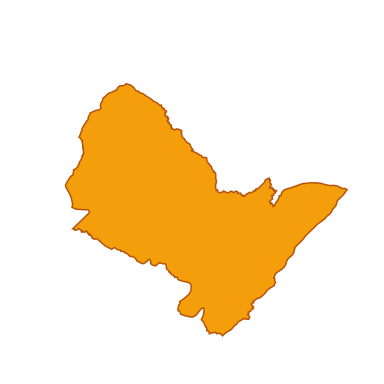 outline of Thap Than, Uthai Thani, Thailand, rotated 44°
{"feature_id": "78962969B50893667221892", "entity_name": "Thap Than", "entity_type": "district", "adm_level": 2, "iso_a3": "THA", "parent_name": "Thailand", "parent_adm1": "Uthai Thani", "projection": "equal_earth", "projection_center": [99.816, 15.505], "detail": "fine", "context": "isolated", "style": "filled", "palette": "amber", "viewbox_px": 384, "rotation_deg": 44, "n_neighbors": 0, "source": "geoboundaries", "source_scale": "gbopen_adm2", "svg_char_len": 6070}
<svg xmlns="http://www.w3.org/2000/svg" viewBox="0 0 384 384"><g transform="rotate(44 192 192)"><path d="M301.9,82.6L299.4,83.3L297.9,84.9L292.5,86.7L289.1,88.9L288.3,90.2L285.1,92.7L278.2,96.6L274.9,99.2L271.1,102.8L265.8,109.1L259.9,120.8L257.5,125.0L256.8,126.9L257.0,128.2L256.8,129.1L257.1,130.4L258.5,132.9L257.4,134.2L258.6,135.7L258.9,137.1L259.4,138.0L259.3,138.5L259.6,139.2L259.6,140.4L259.8,140.8L259.7,141.9L260.9,143.8L260.5,144.6L260.8,145.0L260.4,146.1L258.1,144.7L257.4,145.8L257.0,145.7L256.5,144.8L255.3,145.5L254.6,145.3L254.4,143.5L254.8,141.0L251.9,139.2L253.1,137.9L252.2,136.7L252.5,134.8L251.9,132.3L251.6,132.4L250.8,134.0L250.1,134.4L249.5,134.0L249.5,133.2L248.3,133.3L247.9,134.0L246.3,133.1L245.5,134.7L244.9,135.2L244.6,134.1L244.1,133.5L244.0,131.6L243.3,131.6L242.6,131.1L241.7,131.2L240.3,130.4L240.5,129.3L240.1,128.9L238.9,129.2L237.8,128.4L237.8,129.5L237.2,129.8L236.4,132.6L237.4,134.7L237.3,142.2L236.9,143.9L235.7,146.0L237.0,147.0L235.7,148.1L235.4,150.9L234.9,151.6L233.7,152.2L233.3,154.2L232.7,154.9L232.6,159.1L232.0,159.2L231.7,158.7L231.3,159.2L231.0,158.9L230.3,159.4L230.3,159.8L229.8,160.0L227.8,159.0L226.9,160.2L226.1,160.7L225.8,160.5L225.7,161.0L225.0,160.5L224.3,160.7L224.2,160.3L223.7,160.3L223.3,161.2L222.7,161.4L222.4,163.8L220.8,163.6L219.9,163.9L219.8,164.4L219.1,165.0L219.1,166.5L218.4,167.6L217.8,168.3L216.6,168.2L215.7,169.2L214.1,169.1L214.2,170.8L213.4,171.4L213.3,172.5L212.8,172.6L212.3,173.4L211.0,174.0L209.8,173.7L209.4,172.8L208.6,172.9L208.2,174.0L207.7,173.9L207.5,173.4L207.2,173.4L205.3,171.9L203.4,169.5L203.0,168.3L201.6,166.8L200.1,166.1L195.9,162.0L195.1,162.0L194.0,162.8L193.2,161.6L192.4,162.0L191.2,161.8L187.8,160.1L186.3,160.6L185.3,159.7L184.3,160.1L181.9,159.5L180.4,158.8L179.7,157.8L179.0,157.4L178.4,157.4L177.5,157.9L177.2,158.6L176.5,159.1L174.7,159.6L172.9,159.4L172.2,160.1L170.0,160.2L164.7,162.0L163.6,162.1L163.1,162.8L162.9,162.7L163.4,160.9L161.0,160.7L157.2,159.1L155.6,159.3L155.2,159.7L152.8,159.8L149.6,159.0L148.0,159.5L147.4,159.0L146.3,159.0L144.5,157.5L143.2,157.1L142.6,155.4L141.0,155.1L140.5,155.6L137.9,156.6L137.1,157.3L136.0,159.6L135.3,160.0L134.6,159.8L133.1,160.8L132.5,160.4L133.0,159.9L131.9,159.4L131.5,159.6L131.3,159.3L131.3,158.8L130.8,158.4L130.1,158.3L128.3,158.8L127.5,158.0L126.9,158.5L126.6,158.1L126.4,158.4L124.7,158.2L124.5,157.2L124.9,157.2L125.0,156.9L124.2,155.5L123.8,155.4L123.8,155.8L123.2,156.0L122.4,154.8L121.5,155.0L121.3,155.6L120.3,155.4L119.8,155.8L118.7,154.6L117.7,154.4L118.1,152.9L117.8,151.8L116.7,151.5L116.4,152.1L114.8,152.3L114.5,152.1L114.4,151.5L112.7,151.7L111.9,152.4L109.6,150.7L109.1,151.6L107.4,152.2L106.0,151.9L100.0,153.7L99.0,153.3L93.7,154.6L88.1,155.4L86.1,156.8L84.5,156.6L81.0,158.0L77.0,157.3L74.7,157.4L72.3,158.3L70.0,159.7L69.6,159.6L68.9,163.1L66.3,165.7L66.1,168.4L66.8,170.8L66.4,171.3L66.6,172.0L66.3,173.3L65.8,173.5L65.2,174.6L65.2,175.6L63.9,177.8L63.4,179.6L63.2,180.8L63.2,184.4L62.8,186.2L62.9,186.8L64.4,188.7L64.7,191.1L65.0,192.0L66.4,193.8L67.8,194.3L68.3,195.5L68.1,197.7L66.2,199.9L63.9,205.9L65.6,210.6L66.9,212.0L67.0,214.5L68.5,221.7L70.1,224.6L72.8,231.0L73.0,230.6L76.7,231.4L77.5,231.1L78.0,232.2L81.0,234.3L82.7,236.0L83.8,236.0L83.7,236.6L84.4,237.4L86.5,238.6L86.7,239.4L87.4,239.5L87.5,240.9L87.8,240.9L88.2,241.7L88.2,242.2L87.8,242.2L87.8,242.4L88.5,243.5L88.9,243.6L89.4,244.8L90.4,249.0L91.2,249.8L91.5,251.7L92.4,253.6L92.1,256.4L91.7,258.0L91.4,258.2L94.4,262.1L93.9,265.2L95.0,270.7L96.2,274.9L98.3,276.3L104.1,277.9L109.1,280.0L114.6,283.7L116.0,286.0L116.6,286.4L119.1,285.3L120.3,285.2L129.9,276.8L132.2,277.5L132.5,279.5L131.8,301.4L133.2,300.4L134.0,300.9L135.3,299.8L135.9,298.2L135.9,297.0L139.2,296.5L139.8,297.4L140.3,297.6L140.5,296.1L141.3,296.5L142.3,296.0L142.8,295.3L142.7,294.3L143.4,293.3L144.4,293.5L145.1,294.3L145.9,293.7L146.9,294.2L147.3,293.4L147.7,294.2L148.1,294.4L148.7,293.7L150.1,293.4L150.6,293.9L151.4,293.7L152.2,294.6L153.5,294.2L154.3,293.5L154.7,293.7L155.4,292.2L156.2,291.7L166.7,291.1L173.9,289.1L174.9,285.6L178.5,285.4L180.5,283.5L181.9,284.1L182.6,283.8L183.1,282.9L184.7,282.0L185.5,282.6L187.4,281.4L192.4,281.4L193.5,280.1L195.9,279.1L197.7,279.1L200.8,279.8L205.9,278.1L206.6,277.6L207.5,275.3L207.9,271.1L208.3,269.8L210.3,270.6L212.2,272.2L214.1,272.1L215.9,271.3L216.2,270.7L217.2,270.4L217.4,266.8L218.1,265.3L221.2,263.7L222.3,262.2L223.4,262.3L224.9,263.0L226.9,265.0L228.5,264.8L230.6,265.0L230.9,265.5L232.1,265.1L232.8,265.6L233.6,265.2L234.8,265.6L236.3,264.8L238.9,265.4L239.1,264.6L240.4,263.9L241.0,263.8L242.3,264.4L244.0,264.4L252.6,259.4L255.3,259.2L257.6,261.0L259.0,262.7L260.2,264.9L260.9,268.1L260.3,274.1L259.7,277.5L259.2,278.7L259.4,279.7L260.7,280.5L260.8,281.8L261.2,282.9L263.9,286.9L266.6,286.6L267.6,286.9L268.6,287.8L273.4,285.6L277.3,283.2L279.0,281.8L280.0,280.0L280.5,277.1L279.7,270.0L280.4,268.5L280.5,267.6L281.3,267.4L282.0,267.6L285.3,272.1L286.1,273.4L287.2,277.0L287.6,277.5L291.4,277.5L293.1,278.7L296.4,279.6L297.3,279.6L298.2,280.4L298.5,281.5L299.1,281.5L300.6,280.6L301.3,280.6L303.0,282.0L304.3,279.2L305.2,278.4L305.7,276.9L306.5,276.5L308.1,277.0L309.0,275.5L309.7,275.1L310.0,274.5L310.9,274.3L311.2,274.0L313.9,274.2L314.0,270.2L315.7,264.1L315.5,258.9L315.9,255.7L315.5,253.6L317.3,246.8L318.6,246.4L321.2,244.2L320.3,241.7L317.3,241.6L317.6,240.3L316.9,240.2L316.6,239.5L315.9,239.4L316.9,237.3L316.3,233.6L317.2,233.2L315.8,231.9L313.8,232.0L312.5,231.4L313.0,230.3L313.1,228.5L312.0,228.4L313.0,223.1L314.2,221.3L314.8,217.6L314.9,213.3L314.4,210.8L314.5,208.7L316.1,202.2L315.2,200.5L315.0,199.3L314.7,198.9L313.0,198.3L311.5,196.7L311.0,197.1L310.5,196.9L309.0,193.2L308.9,191.2L310.3,184.9L310.4,181.7L309.9,179.4L308.0,175.5L307.6,174.1L307.4,172.5L307.9,167.9L307.7,166.2L307.0,164.3L305.0,161.0L304.5,158.7L304.8,151.0L304.1,143.1L304.6,132.3L304.5,128.5L306.0,120.2L306.1,118.6L305.9,115.1L306.4,112.4L306.2,110.1L305.2,106.5L305.0,102.2L304.5,100.5L303.2,98.6L302.6,97.3L302.8,88.9L301.9,82.6Z" fill="#f59e0b" stroke="#b45309" stroke-width="1.5"/></g></svg>